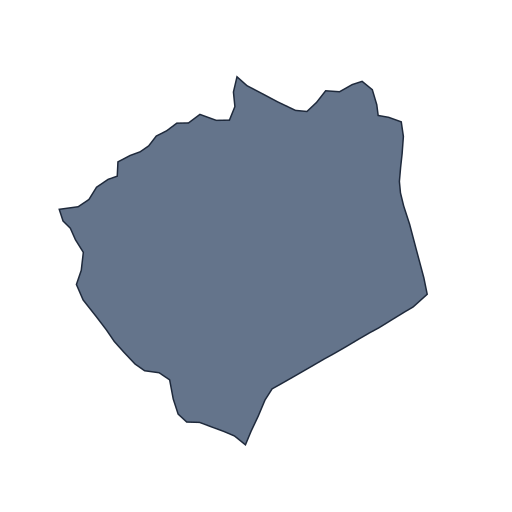 Belford Roxo, Rio de Janeiro, Brazil (Robinson projection), rotated 342°
{"feature_id": "56859067B85088226516355", "entity_name": "Belford Roxo", "entity_type": "district", "adm_level": 2, "iso_a3": "BRA", "parent_name": "Brazil", "parent_adm1": "Rio de Janeiro", "projection": "robinson", "projection_center": [-43.378, -22.731], "detail": "fine", "context": "isolated", "style": "filled", "palette": "slate", "viewbox_px": 512, "rotation_deg": 342, "n_neighbors": 0, "source": "geoboundaries", "source_scale": "gbopen_adm2", "svg_char_len": 1177}
<svg xmlns="http://www.w3.org/2000/svg" viewBox="0 0 512 512"><g transform="rotate(342 256 256)"><path d="M407.0,345.3L408.9,328.5L410.5,298.2L411.9,273.3L411.9,254.0L412.9,240.6L415.4,229.4L421.1,216.0L426.6,203.8L433.1,187.9L435.6,173.3L425.0,165.1L415.6,160.1L417.6,149.5L418.0,133.8L410.9,122.7L400.5,122.7L386.2,125.6L373.3,120.4L361.1,128.6L349.1,134.3L338.5,129.7L324.0,115.9L309.7,101.1L300.1,91.3L293.3,79.7L285.2,93.1L282.1,107.4L272.7,118.6L260.1,114.7L246.4,104.0L232.9,108.6L221.7,105.2L209.7,109.3L198.2,111.1L188.0,118.1L178.0,121.1L167.4,121.5L153.8,123.8L148.7,137.2L139.1,137.4L125.6,141.3L114.6,150.6L102.1,154.2L83.3,150.8L83.3,163.1L88.0,172.2L89.3,184.7L92.9,199.2L85.4,215.6L76.4,227.6L78.0,244.4L85.4,264.4L90.9,280.1L94.8,293.5L100.5,306.4L107.6,321.4L114.6,330.7L127.8,337.1L135.6,347.1L133.1,366.4L133.1,382.3L138.8,392.5L150.9,396.8L160.9,404.8L171.3,413.0L179.9,420.5L187.6,432.3L197.2,421.1L208.7,408.9L220.1,395.7L230.3,387.3L241.9,385.0L255.0,382.3L270.1,379.1L289.1,375.0L300.7,372.8L314.8,369.8L327.9,366.8L340.5,364.1L350.5,362.3L365.2,358.7L379.3,355.3L389.7,353.0L407.0,345.3Z" fill="#64748b" stroke="#1e293b" stroke-width="1.5"/></g></svg>